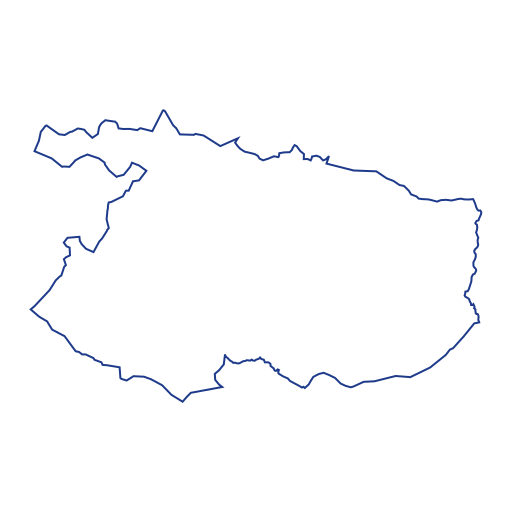 Bogoro, Bauchi, Nigeria (Mercator projection)
{"feature_id": "59680162B11671066128606", "entity_name": "Bogoro", "entity_type": "district", "adm_level": 2, "iso_a3": "NGA", "parent_name": "Nigeria", "parent_adm1": "Bauchi", "projection": "mercator", "projection_center": [9.621, 9.639], "detail": "fine", "context": "isolated", "style": "outline", "palette": "blue", "viewbox_px": 512, "rotation_deg": 0, "n_neighbors": 0, "source": "geoboundaries", "source_scale": "gbopen_adm2", "svg_char_len": 4266}
<svg xmlns="http://www.w3.org/2000/svg" viewBox="0 0 512 512"><path d="M222.2,387.0L219.0,384.5L215.2,379.8L214.8,373.9L219.1,370.2L223.8,364.4L225.0,354.4L225.7,356.6L227.5,357.9L230.0,360.5L232.5,362.0L233.3,362.9L235.0,362.7L237.3,363.4L239.4,363.3L243.2,361.2L245.1,361.0L246.8,360.2L250.2,360.6L251.7,359.6L252.8,360.5L254.8,360.7L256.1,359.7L258.7,358.8L260.1,357.5L261.3,359.0L263.8,359.7L264.9,362.3L268.4,362.3L270.4,363.8L270.6,366.0L273.7,368.4L274.1,369.6L275.0,370.7L276.3,370.8L277.6,369.4L278.9,370.0L278.2,372.0L278.6,373.6L282.8,376.2L287.9,378.5L289.9,380.9L293.8,383.0L298.7,385.6L301.9,387.5L303.5,386.8L304.8,388.0L308.7,384.5L310.7,381.0L313.3,376.9L318.8,374.0L323.6,372.8L329.1,375.0L335.0,377.9L340.7,383.6L345.5,385.8L350.8,387.3L353.2,386.6L354.8,385.9L363.7,381.8L374.4,381.3L395.6,376.0L408.7,377.0L410.2,377.2L427.1,369.0L430.3,367.4L445.8,354.9L449.9,349.6L451.5,348.9L453.1,348.2L457.5,343.3L463.8,336.3L472.3,325.8L474.2,323.4L479.2,322.4L478.3,319.8L478.4,318.7L478.6,317.4L478.4,315.6L477.7,314.1L476.4,314.0L475.6,313.0L475.7,312.2L475.4,311.2L475.4,309.3L474.1,308.3L474.6,306.9L474.0,305.5L473.3,304.1L472.2,305.1L471.1,305.0L470.9,303.2L469.7,301.3L469.3,299.5L468.3,298.4L466.6,297.4L465.4,296.7L464.6,295.5L465.1,293.9L465.4,291.6L467.4,291.2L467.7,291.2L468.8,289.3L471.3,281.6L471.5,279.4L471.6,277.0L472.3,275.8L472.9,274.5L474.5,273.9L475.6,272.0L476.2,270.6L475.9,269.2L475.1,268.1L473.9,266.9L473.5,265.9L473.4,264.3L473.4,262.6L473.7,261.6L474.9,259.5L475.8,256.5L475.7,254.1L474.6,252.8L474.2,251.0L475.1,249.2L476.6,247.9L477.8,246.4L478.2,244.5L477.7,242.6L477.6,239.8L477.9,238.9L478.3,237.9L476.1,232.4L476.8,230.4L477.3,227.8L477.0,224.9L476.6,224.5L475.4,223.5L475.5,222.6L476.7,220.9L477.6,220.6L478.5,220.4L479.1,218.5L481.0,214.3L481.3,212.2L480.3,210.5L478.5,210.6L477.4,209.6L476.3,207.4L475.4,204.4L474.4,201.8L473.1,199.1L469.2,199.5L464.3,199.4L461.2,198.7L458.6,198.9L451.6,200.5L445.9,199.8L440.7,200.2L437.1,201.6L431.8,200.2L428.9,199.5L426.6,199.3L422.5,199.1L418.6,198.6L416.6,196.5L411.1,194.4L408.9,190.8L406.2,188.1L403.9,185.9L399.6,185.1L393.4,180.9L386.6,178.3L377.9,172.4L376.2,171.3L372.4,171.2L353.7,170.5L326.5,163.6L329.0,156.1L325.9,159.3L323.1,160.4L321.7,159.0L319.9,157.0L316.5,155.7L312.1,156.5L311.5,158.7L310.7,160.4L307.5,159.0L303.8,159.1L303.8,157.3L304.0,154.1L300.3,151.1L298.4,148.5L296.7,146.2L294.6,145.1L292.8,147.7L291.9,150.0L289.7,152.2L284.0,152.4L279.3,153.2L279.1,155.5L278.4,157.1L273.9,156.3L267.9,158.8L263.1,160.3L259.5,158.6L257.9,155.9L254.8,154.1L252.0,153.4L248.8,152.6L244.7,151.7L240.2,148.8L237.5,145.9L235.1,142.6L237.9,138.3L233.8,140.1L220.3,146.1L206.3,137.2L203.5,135.5L200.2,134.8L199.6,134.7L195.4,133.9L194.0,134.8L189.5,134.7L179.9,134.4L178.7,132.4L176.1,128.0L175.6,127.7L173.1,125.2L165.0,111.2L163.6,110.3L162.9,110.5L152.3,131.2L140.3,128.2L137.3,130.1L129.5,128.9L123.4,129.0L118.6,128.4L117.1,123.6L115.2,121.7L105.7,120.3L105.4,120.2L101.8,123.0L100.5,124.6L99.3,126.8L99.1,127.1L97.9,134.0L92.3,137.8L86.1,132.0L84.4,129.8L81.2,129.0L77.8,128.5L71.9,131.7L70.4,131.8L64.8,135.0L59.0,134.3L46.6,125.5L45.6,125.8L40.8,131.9L38.9,140.8L34.5,151.2L51.7,158.4L62.1,166.8L63.9,166.5L69.3,166.8L69.5,166.8L73.8,162.2L75.3,160.4L80.7,157.3L87.1,154.7L87.3,154.5L98.9,158.4L104.6,162.6L104.9,164.4L109.1,170.4L116.6,176.9L117.1,176.5L123.7,174.8L130.2,166.8L132.0,162.7L139.1,165.5L146.4,170.8L139.0,180.4L133.0,181.3L129.8,188.3L128.7,190.7L126.1,190.7L125.5,191.4L123.0,196.2L122.9,196.3L111.4,201.9L108.7,202.5L108.0,205.4L107.8,209.2L107.5,209.8L106.6,219.3L107.6,223.4L108.8,228.1L107.2,229.9L106.8,231.1L102.0,238.6L99.3,241.5L96.2,247.1L93.5,252.1L86.0,248.8L81.7,244.2L79.9,241.0L79.4,236.8L67.5,237.8L63.8,242.6L66.5,246.3L69.6,247.6L70.0,255.4L66.1,257.2L63.9,259.2L65.9,265.1L64.2,266.8L61.3,275.6L59.8,276.4L55.7,280.4L49.6,290.1L34.6,306.1L30.7,309.4L39.2,316.7L47.1,321.4L52.1,329.6L58.9,333.2L64.5,336.1L75.7,351.3L79.1,352.0L82.1,354.4L85.6,354.4L93.5,358.1L94.5,359.8L101.4,362.3L102.6,364.9L106.8,365.2L119.6,367.3L120.4,378.0L121.4,378.9L126.7,380.5L133.5,376.2L144.0,376.7L150.9,379.2L162.1,385.2L171.4,394.8L182.6,401.7L186.9,396.8L187.7,396.0L190.8,392.8L222.2,387.0Z" fill="none" stroke="#1e3a8a" stroke-width="2"/></svg>